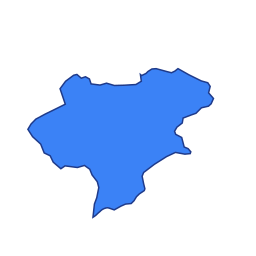 Kembé, Basse-Kotto, Central African Republic (Albers equal-area conic projection), rotated 336°
{"feature_id": "33826404B30338372331060", "entity_name": "Kembé", "entity_type": "district", "adm_level": 2, "iso_a3": "CAF", "parent_name": "Central African Republic", "parent_adm1": "Basse-Kotto", "projection": "albers", "projection_center": [21.614, 4.522], "detail": "fine", "context": "isolated", "style": "filled", "palette": "blue", "viewbox_px": 256, "rotation_deg": 336, "n_neighbors": 0, "source": "geoboundaries", "source_scale": "gbopen_adm2", "svg_char_len": 1250}
<svg xmlns="http://www.w3.org/2000/svg" viewBox="0 0 256 256"><g transform="rotate(336 128 128)"><path d="M161.1,84.2L159.2,90.7L152.9,91.5L142.0,87.4L132.8,83.6L126.6,78.3L119.9,77.4L112.2,72.7L112.7,67.5L110.0,63.9L105.6,63.5L103.1,58.3L99.8,57.7L90.0,59.9L81.9,64.5L80.4,80.7L79.0,80.8L66.7,81.3L58.0,81.6L47.4,82.4L41.1,84.9L36.0,88.5L37.3,97.1L41.7,107.2L41.3,116.7L45.6,121.7L45.8,128.8L50.1,137.9L55.1,137.0L65.7,143.5L73.0,144.5L76.3,150.1L76.1,156.3L78.1,164.6L77.1,170.5L71.1,179.0L66.4,183.8L59.7,195.3L61.6,195.0L63.6,194.5L65.7,193.7L68.4,192.9L69.7,192.4L71.4,192.0L73.4,191.9L75.4,192.1L77.0,192.6L78.3,193.6L82.1,197.2L89.8,196.5L94.8,196.5L100.2,198.3L103.9,196.9L107.8,194.2L111.6,192.8L117.4,191.8L118.7,190.4L119.6,185.3L121.3,177.8L124.2,175.0L137.3,171.9L151.6,169.8L161.4,169.6L169.3,175.0L174.4,176.7L175.7,175.3L174.5,171.3L171.6,168.2L173.2,158.5L169.0,153.2L169.2,149.9L173.1,147.1L179.6,145.5L182.4,141.3L191.2,141.8L196.1,142.2L203.3,139.4L210.4,140.8L213.8,139.7L218.1,135.8L215.9,128.7L220.0,123.4L219.3,119.1L214.1,114.8L205.3,104.2L197.8,94.1L193.9,95.1L190.2,95.2L186.5,92.3L181.5,88.2L177.8,85.2L173.8,83.8L169.2,84.5L166.6,85.5L161.8,85.6L161.1,84.2Z" fill="#3b82f6" stroke="#1e3a8a" stroke-width="1.5"/></g></svg>